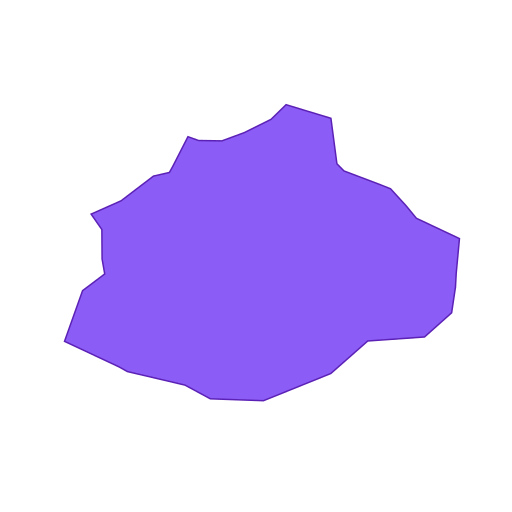 Bu'rd, Övörhangay, Mongolia, rotated 350°
{"feature_id": "93677404B24392895024696", "entity_name": "Bu'rd", "entity_type": "district", "adm_level": 2, "iso_a3": "MNG", "parent_name": "Mongolia", "parent_adm1": "Övörhangay", "projection": "orthographic", "projection_center": [103.904, 47.077], "detail": "fine", "context": "isolated", "style": "filled", "palette": "violet", "viewbox_px": 512, "rotation_deg": 350, "n_neighbors": 0, "source": "geoboundaries", "source_scale": "gbopen_adm2", "svg_char_len": 625}
<svg xmlns="http://www.w3.org/2000/svg" viewBox="0 0 512 512"><g transform="rotate(350 256 256)"><path d="M407.9,365.0L438.8,345.9L446.7,322.3L446.9,321.9L450.2,307.7L459.4,274.2L420.5,246.7L412.6,232.7L400.2,213.2L391.0,207.5L357.4,187.5L351.7,179.2L353.7,133.4L328.6,120.7L311.9,112.2L294.6,124.0L265.7,132.5L242.4,136.7L219.5,132.3L209.7,126.7L189.5,153.4L185.2,158.7L168.9,159.5L132.7,178.2L100.9,186.1L108.8,203.2L103.9,232.2L103.9,247.4L79.2,260.0L52.6,306.8L101.8,341.4L109.3,347.5L163.6,370.8L186.2,388.7L238.2,399.8L309.3,384.7L351.3,359.1L407.9,365.0Z" fill="#8b5cf6" stroke="#5b21b6" stroke-width="1.5"/></g></svg>